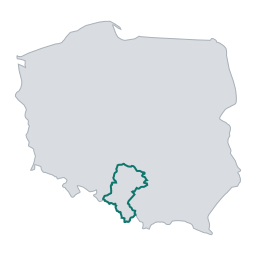 location of Silesian within Poland
{"feature_id": "POL-3146", "entity_name": "Silesian", "entity_type": "Voivodeship", "adm_level": 1, "iso_a3": "POL", "parent_name": "Poland", "parent_adm1": "", "projection": "mercator", "projection_center": [18.978, 50.212], "detail": "fine", "context": "in_parent", "style": "outline", "palette": "teal", "viewbox_px": 256, "rotation_deg": 0, "n_neighbors": 0, "source": "natural_earth", "source_scale": "10m", "svg_char_len": 5865}
<svg xmlns="http://www.w3.org/2000/svg" viewBox="0 0 256 256"><path d="M229.3,146.5L230.5,149.0L231.0,150.9L230.5,152.5L230.7,154.0L235.2,160.6L236.9,165.4L237.9,167.3L240.4,169.7L240.6,170.7L239.6,171.6L238.2,172.0L237.8,172.8L239.3,175.1L240.4,178.8L240.3,181.9L239.4,182.7L238.4,184.5L237.6,186.2L231.7,187.3L230.3,189.1L227.1,192.6L224.9,194.5L221.6,198.1L216.5,204.2L209.0,214.4L207.8,216.8L208.0,218.7L209.3,223.2L209.6,225.2L209.4,227.1L209.0,228.8L209.0,229.5L212.2,232.6L212.3,233.3L212.1,234.1L211.4,234.7L208.9,234.0L206.2,232.8L205.3,232.9L203.8,232.6L197.7,230.1L193.5,228.2L193.1,226.9L192.4,225.1L190.6,223.6L186.6,222.2L185.0,221.2L178.4,220.6L175.6,220.6L173.6,221.0L172.3,221.0L170.5,223.7L169.3,224.5L167.5,224.6L166.0,224.1L164.4,222.6L161.8,221.9L160.0,222.2L158.6,221.9L157.5,221.9L157.1,222.2L156.1,222.1L154.8,222.8L153.3,223.8L151.6,224.5L150.4,226.1L149.2,229.2L146.0,227.8L145.0,228.4L143.5,228.8L142.4,228.4L142.7,227.3L143.1,226.1L143.1,224.4L142.8,222.6L141.8,222.0L140.4,221.7L139.6,221.4L139.5,220.8L138.7,220.0L137.4,218.0L136.2,215.5L135.3,214.7L134.1,215.9L132.2,217.3L131.0,217.7L128.7,221.6L124.6,221.7L124.4,219.9L124.0,218.2L121.6,217.7L121.5,216.7L121.0,214.2L116.2,209.1L115.6,207.0L115.8,206.2L115.5,204.9L114.4,204.1L110.6,203.1L109.7,203.7L108.8,203.1L107.4,201.9L105.0,200.9L104.8,200.4L103.9,199.5L103.4,199.4L103.1,199.9L102.4,200.7L99.9,201.6L99.0,201.2L98.1,200.4L97.1,198.7L95.6,197.1L94.4,196.6L93.7,195.7L93.5,195.1L96.2,193.8L96.8,192.5L96.5,190.1L96.1,189.8L95.0,190.6L92.7,191.3L90.6,191.7L89.6,191.7L83.6,187.3L79.8,186.0L77.5,185.6L77.2,186.0L78.3,188.5L80.0,191.5L80.0,192.3L76.6,194.1L75.2,195.1L74.0,196.6L72.9,197.2L72.0,197.1L71.1,196.4L68.6,191.9L65.5,188.5L65.2,187.7L64.2,187.5L62.8,186.8L62.4,185.7L63.1,184.6L64.0,183.6L65.7,183.0L66.2,182.4L66.5,181.5L67.1,180.4L66.9,180.0L65.7,178.7L64.0,177.5L59.1,178.4L57.8,179.0L57.0,178.2L56.5,176.9L55.2,176.7L53.5,175.6L51.5,174.5L49.6,174.1L45.5,172.5L43.9,172.4L43.0,171.9L42.1,170.7L41.3,169.3L40.9,166.6L37.9,165.4L34.9,164.6L34.7,165.0L34.8,167.8L34.6,169.2L32.7,170.1L30.7,170.2L30.8,169.8L33.2,164.8L34.2,161.7L35.4,156.1L34.0,151.6L33.6,149.5L32.9,148.4L28.8,146.2L28.5,145.5L29.1,142.5L28.8,141.2L27.8,139.9L26.5,137.3L26.0,135.0L27.7,132.4L28.8,127.7L29.4,125.9L28.4,124.8L28.1,123.4L28.4,121.3L27.8,119.7L26.4,118.7L25.4,117.3L25.0,115.6L25.3,113.0L26.4,109.4L24.1,105.0L18.2,99.9L15.4,96.3L15.6,94.3L16.8,92.4L19.1,90.8L20.8,87.8L21.7,84.3L21.8,81.1L19.2,70.8L18.8,68.2L18.3,64.2L23.5,66.4L25.6,67.6L25.4,66.2L24.9,65.0L25.2,63.3L25.1,60.6L20.4,59.2L17.3,58.8L16.9,56.9L17.2,55.7L18.1,56.4L21.1,56.7L28.6,53.1L41.5,48.4L55.4,44.0L58.6,43.6L61.8,42.6L63.0,41.0L64.2,39.9L66.1,37.0L70.3,32.4L77.6,30.7L80.4,28.6L86.1,25.5L99.2,22.1L104.7,21.4L110.1,21.3L114.9,24.0L119.9,27.3L120.8,29.3L118.1,28.1L114.1,25.1L112.6,25.0L116.0,34.0L117.9,37.2L121.7,39.6L124.8,40.4L134.5,38.9L138.0,37.0L139.0,36.1L139.9,36.6L152.6,37.6L196.9,39.9L209.6,40.3L210.4,40.1L211.7,38.5L213.3,38.7L215.1,39.7L216.0,40.4L216.4,41.2L216.6,42.1L217.6,42.3L219.5,43.0L222.0,44.6L224.0,46.1L225.9,48.3L226.5,50.8L226.6,53.6L226.5,55.4L229.2,69.1L233.5,81.6L235.1,87.6L235.7,90.8L236.2,95.3L236.4,98.6L236.3,100.4L236.0,102.9L234.7,104.3L226.5,108.5L225.0,109.8L222.5,113.1L220.3,116.4L219.8,117.6L219.6,118.3L220.1,119.4L223.1,121.2L226.0,122.6L227.0,123.7L229.2,125.1L230.0,126.3L230.4,127.4L230.4,129.9L229.4,133.3L229.8,135.9L228.8,137.6L228.0,139.5L227.9,142.8L229.3,146.5Z" fill="#d9dde1" stroke="#a8b0b8" stroke-width="1"/><path d="M135.5,214.6L135.4,214.6L135.2,214.6L135.1,214.8L133.2,217.0L132.7,217.3L131.8,217.3L131.3,217.4L131.0,217.6L130.6,217.9L130.3,218.4L130.0,219.5L130.1,219.8L130.1,220.0L129.7,220.1L129.5,220.8L129.4,221.2L129.2,221.5L128.6,221.8L128.0,221.9L127.8,221.9L127.5,221.8L127.1,221.5L126.9,221.4L126.4,221.5L125.5,222.0L124.9,222.1L124.5,222.0L124.4,221.6L124.5,220.4L124.4,219.9L124.3,219.5L124.3,219.0L124.5,218.4L123.8,218.0L121.6,217.8L121.7,217.2L121.6,216.5L121.3,215.0L121.2,214.7L120.9,214.1L120.8,213.7L120.7,212.5L120.6,212.3L120.2,212.0L119.9,212.1L119.5,212.2L119.2,212.2L118.9,212.1L118.5,211.5L118.2,211.3L117.9,211.2L117.2,211.1L116.9,210.9L116.7,210.7L116.5,209.7L116.0,208.6L115.6,207.5L115.6,206.6L116.2,205.8L115.6,205.5L115.5,205.1L115.5,204.5L115.4,203.9L115.1,203.7L114.2,204.3L113.7,204.3L112.0,203.3L111.1,203.0L110.2,203.1L110.3,203.2L110.3,203.3L109.7,203.8L109.4,203.9L108.9,203.5L108.8,203.3L108.6,202.7L108.3,202.3L107.8,202.2L107.5,202.1L106.8,201.5L106.4,201.3L105.0,201.0L104.7,200.7L104.8,200.0L103.5,199.2L103.2,199.1L103.2,198.5L104.6,195.9L107.4,195.3L108.8,194.3L111.0,193.2L111.2,192.2L111.2,190.4L110.8,185.9L111.1,185.1L111.5,185.0L112.0,184.8L112.1,184.2L111.8,183.5L112.1,182.7L112.8,182.6L116.1,182.6L115.8,181.3L115.1,180.6L114.4,180.0L113.8,179.2L113.3,177.8L113.9,176.4L114.3,174.1L114.9,172.9L116.6,171.7L116.8,170.4L116.5,169.8L116.3,169.0L116.5,168.4L116.8,168.1L117.6,165.3L118.7,164.8L121.9,164.7L122.6,164.3L123.4,163.8L124.1,164.0L124.8,164.7L127.8,166.3L129.3,166.6L131.1,166.6L131.8,165.9L133.4,166.2L134.7,167.4L136.8,170.8L137.6,171.0L139.8,170.9L142.3,172.2L144.2,172.5L144.5,172.7L144.6,173.1L144.6,173.5L144.5,173.8L142.9,174.1L142.1,175.7L142.7,176.4L144.4,176.9L145.2,177.5L145.8,178.9L146.9,180.2L146.0,180.4L144.4,181.7L144.0,182.7L144.8,183.1L146.3,183.3L146.9,183.5L147.1,184.3L147.2,185.0L144.3,186.7L143.6,186.9L142.3,186.8L141.1,186.9L139.1,188.5L138.5,188.6L137.9,188.6L136.7,187.9L136.1,188.8L135.4,190.1L134.5,191.5L133.0,191.3L132.2,191.8L133.4,193.0L134.5,194.5L129.1,200.5L128.6,201.2L128.1,202.3L127.9,203.5L128.3,204.0L128.9,204.1L129.4,204.7L129.5,205.9L130.2,207.1L131.3,207.6L131.8,208.4L132.1,209.5L132.8,210.2L133.7,210.5L135.2,210.8L135.1,211.7L134.7,212.5L134.6,213.2L134.8,213.9L135.4,214.2L135.5,214.6Z" fill="none" stroke="#0f766e" stroke-width="2"/></svg>